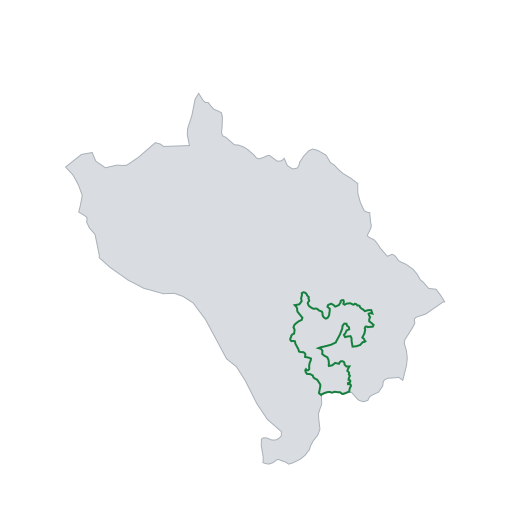 Sofia on a map of Bulgaria (orthographic projection), rotated 231°
{"feature_id": "BGR-2244", "entity_name": "Sofia", "entity_type": "Province", "adm_level": 1, "iso_a3": "BGR", "parent_name": "Bulgaria", "parent_adm1": "", "projection": "orthographic", "projection_center": [23.554, 42.64], "detail": "fine", "context": "in_parent", "style": "outline", "palette": "green", "viewbox_px": 512, "rotation_deg": 231, "n_neighbors": 0, "source": "natural_earth", "source_scale": "10m", "svg_char_len": 5107}
<svg xmlns="http://www.w3.org/2000/svg" viewBox="0 0 512 512"><g transform="rotate(231 256 256)"><path d="M418.5,313.8L410.0,312.8L407.1,313.4L405.3,315.5L401.4,315.3L396.6,315.6L391.7,318.2L389.0,319.3L385.1,317.3L377.9,311.1L373.5,306.8L370.3,305.7L367.2,307.2L356.0,309.2L353.5,312.0L348.4,315.1L343.2,316.7L335.8,318.0L331.8,318.0L329.6,319.5L327.9,323.8L326.8,328.1L325.7,329.8L316.4,332.2L314.4,334.7L313.9,337.0L314.2,339.4L306.6,337.3L300.9,339.0L299.6,340.9L298.4,343.5L299.2,346.2L301.4,348.8L303.6,356.0L304.6,363.2L303.5,367.3L299.2,370.4L290.4,373.9L281.6,372.6L277.8,374.0L271.4,374.5L265.5,375.5L256.5,378.7L248.3,380.6L240.8,374.7L232.0,370.8L222.8,368.5L219.6,370.3L218.2,371.7L210.5,366.5L207.0,364.7L205.3,362.6L202.0,355.5L200.1,355.3L193.8,358.1L187.7,358.0L184.0,357.5L173.1,357.9L171.7,362.8L170.4,363.5L168.0,364.2L162.2,363.9L154.8,367.5L146.8,369.7L140.6,369.8L134.2,368.7L130.4,369.5L122.1,369.8L116.8,375.1L108.6,374.7L101.7,373.8L102.6,372.1L104.1,351.3L107.6,342.0L107.5,340.1L106.7,338.7L103.8,337.2L101.6,332.1L97.2,318.9L94.7,316.2L87.7,313.3L81.6,309.4L76.4,304.3L67.0,291.8L71.9,290.6L73.4,288.1L78.2,281.3L78.8,278.0L78.4,276.0L75.2,272.7L73.1,265.5L74.8,258.8L75.0,255.4L73.4,252.0L75.2,247.7L78.6,245.4L80.8,244.8L89.9,244.4L95.7,236.0L99.2,233.3L102.8,228.5L104.5,226.8L106.0,223.0L106.6,219.2L99.5,213.8L97.1,209.7L94.0,205.2L89.7,202.1L81.2,196.7L77.9,191.3L76.4,184.3L74.2,179.0L71.8,175.5L71.3,172.7L70.3,169.3L70.2,162.5L72.3,153.6L73.7,150.4L76.6,149.6L84.4,144.9L84.8,138.8L86.2,135.0L88.7,132.8L91.0,131.4L95.1,135.0L105.3,140.7L110.2,144.9L110.0,147.4L107.6,150.0L103.1,152.4L100.5,155.7L99.8,159.7L100.4,162.6L103.5,165.2L121.9,162.0L140.6,163.7L165.7,169.2L182.3,171.1L194.6,168.4L217.4,172.8L238.7,176.8L259.1,177.6L270.4,173.9L278.3,169.1L285.0,160.3L301.6,148.4L317.8,141.4L339.1,135.4L353.3,133.1L355.4,134.8L374.1,144.5L382.2,144.1L388.9,145.7L391.4,148.3L393.1,148.9L401.7,145.9L405.9,151.4L412.4,159.1L423.0,162.7L432.3,164.5L435.2,164.7L445.0,164.0L444.8,184.2L439.5,193.8L430.5,191.2L419.4,194.4L414.0,205.4L410.8,208.7L407.9,212.6L406.7,226.5L407.4,249.1L403.2,252.1L399.3,253.1L383.7,273.8L393.5,278.9L398.0,283.0L405.5,294.5L416.2,307.4L418.5,313.8Z" fill="#d9dde1" stroke="#a8b0b8" stroke-width="1"/><path d="M91.9,243.2L92.3,242.3L93.4,238.2L93.8,237.2L94.2,236.5L95.0,236.0L96.7,235.7L97.5,235.4L98.3,234.2L100.9,231.8L101.2,231.1L101.7,229.6L102.0,229.0L102.5,228.6L103.5,228.1L104.0,227.7L105.3,225.8L106.4,223.1L107.1,220.3L107.0,219.2L109.8,218.6L114.2,223.9L115.7,225.1L121.4,225.7L123.5,224.7L125.4,224.2L127.4,224.9L130.1,223.8L132.3,221.4L134.3,221.5L136.2,222.4L136.6,223.6L135.3,223.6L134.5,224.3L134.5,226.0L135.4,226.9L136.5,227.6L138.1,229.1L139.5,231.0L140.4,232.8L141.7,234.2L144.1,232.8L146.7,230.6L147.6,231.5L148.6,232.6L150.2,232.7L151.7,232.1L153.0,230.4L154.7,229.3L157.0,230.3L163.0,231.4L164.0,231.9L165.1,232.6L166.5,231.6L167.6,229.9L169.4,229.9L170.5,231.1L170.9,232.3L171.8,233.2L172.2,234.9L171.7,236.7L173.0,238.2L174.6,239.7L176.9,240.2L178.3,242.5L178.5,245.2L178.4,247.9L177.6,251.3L178.8,253.2L186.6,253.2L188.1,254.0L189.5,255.0L191.5,255.4L193.4,255.2L191.2,259.2L192.1,263.0L194.7,264.4L196.7,267.1L198.3,268.2L198.0,270.0L196.4,271.2L194.3,271.3L193.0,270.9L191.7,271.1L190.7,271.1L190.0,270.0L188.8,269.7L187.7,269.2L187.4,267.7L186.7,266.4L185.0,265.9L183.2,265.8L182.2,266.2L181.1,266.4L178.9,267.4L177.2,269.8L175.7,270.5L174.2,270.6L171.3,272.2L169.8,271.8L168.5,270.7L166.8,270.1L165.1,270.2L163.3,270.9L162.9,272.8L163.5,274.6L164.4,276.1L165.4,276.9L166.2,278.0L168.5,280.1L171.6,279.6L172.6,281.3L171.6,284.4L169.2,285.4L166.8,285.7L165.7,289.5L166.7,292.6L167.7,293.4L167.7,294.8L166.7,296.1L165.4,295.7L164.6,294.8L163.9,293.8L162.4,294.2L161.9,296.6L159.9,299.6L157.0,300.9L156.6,301.6L156.7,302.7L155.8,303.4L154.7,303.7L153.7,303.6L153.0,304.6L151.9,305.1L150.7,304.6L148.6,304.9L146.9,305.6L144.6,305.9L143.4,309.0L141.4,311.5L138.0,310.2L139.6,309.0L140.3,307.2L138.6,306.4L136.8,306.3L135.6,304.2L134.0,302.9L131.2,303.6L128.4,304.0L127.6,302.2L129.5,299.6L130.3,298.1L131.5,297.7L132.2,296.6L131.3,294.9L129.9,294.4L128.9,293.2L128.5,292.4L127.8,292.0L125.7,287.3L124.4,287.6L123.0,287.7L122.0,287.1L120.9,287.3L121.1,285.8L121.9,284.6L121.3,280.9L122.7,277.2L124.8,274.0L129.8,276.8L132.0,278.5L134.2,279.0L135.8,276.6L136.9,274.2L139.4,274.7L139.5,275.7L139.9,277.2L141.1,279.5L140.4,282.3L142.1,283.4L144.7,282.9L146.4,283.7L147.9,282.1L147.3,279.3L145.4,277.5L142.1,271.7L139.5,265.4L138.6,263.6L139.8,258.5L143.1,251.2L144.4,248.8L145.1,246.6L142.9,248.1L140.6,248.0L138.2,245.8L135.4,246.4L132.4,247.7L129.4,246.9L126.3,244.8L125.6,243.9L124.6,243.5L123.1,246.4L123.1,250.2L120.0,252.7L120.8,254.2L120.7,255.9L119.7,257.0L118.6,257.6L117.2,257.4L115.9,256.5L113.3,256.7L111.4,259.1L110.5,256.7L109.3,254.7L107.4,255.0L106.3,254.7L105.6,253.6L103.8,253.6L102.8,251.5L101.6,250.0L100.1,250.9L98.9,250.1L99.3,247.4L98.4,246.9L97.5,248.4L96.5,248.6L96.1,248.2L95.5,248.2L94.9,247.4L94.6,246.4L93.6,244.8L92.3,243.5L91.9,243.2Z" fill="none" stroke="#15803d" stroke-width="2"/></g></svg>